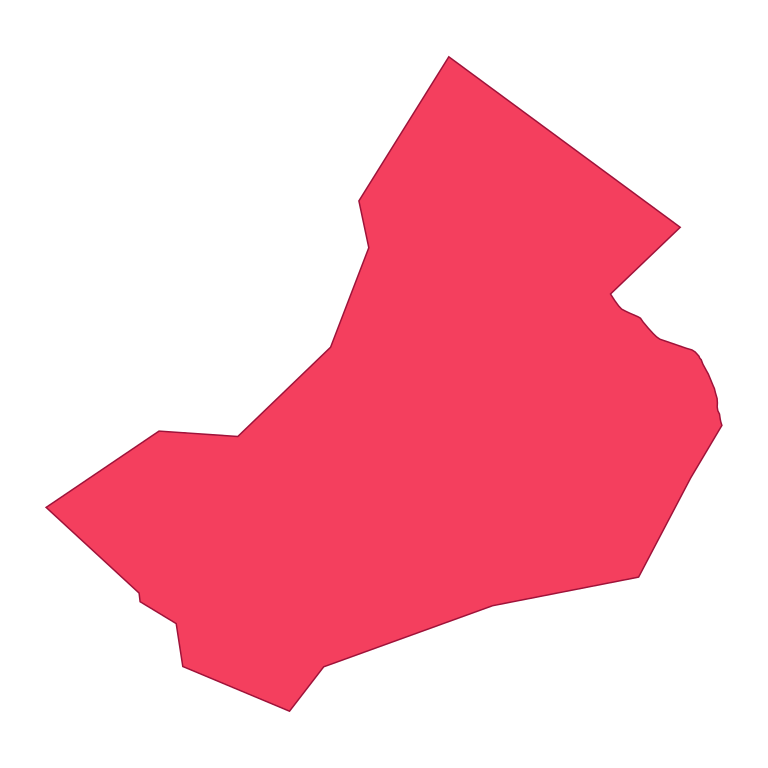 Shiveegovi, Dornogovi, Mongolia
{"feature_id": "93677404B28093616266746", "entity_name": "Shiveegovi", "entity_type": "district", "adm_level": 2, "iso_a3": "MNG", "parent_name": "Mongolia", "parent_adm1": "Dornogovi", "projection": "natural_earth1", "projection_center": [108.624, 46.084], "detail": "fine", "context": "isolated", "style": "filled", "palette": "rose", "viewbox_px": 768, "rotation_deg": 0, "n_neighbors": 0, "source": "geoboundaries", "source_scale": "gbopen_adm2", "svg_char_len": 766}
<svg xmlns="http://www.w3.org/2000/svg" viewBox="0 0 768 768"><path d="M492.6,605.7L638.6,577.1L690.7,477.9L721.9,425.4L720.8,421.9L720.2,419.0L719.5,414.1L717.8,410.7L717.2,406.9L717.4,403.0L717.1,398.5L715.4,392.7L714.4,388.5L713.3,386.1L708.3,374.0L706.6,371.0L702.9,364.2L701.2,359.7L699.8,358.2L698.9,356.1L695.2,352.0L691.9,349.9L686.4,348.3L659.9,339.2L656.5,336.8L653.2,333.6L648.1,328.0L643.0,321.9L640.5,318.2L638.1,316.8L629.6,313.1L625.4,311.1L621.6,309.1L620.5,307.9L618.7,306.0L617.0,303.7L614.6,300.4L610.5,294.0L680.2,227.3L448.8,56.8L358.9,200.9L368.8,247.7L330.6,347.2L237.8,436.5L159.0,431.1L46.1,507.4L139.1,593.1L140.1,601.7L176.2,623.6L182.8,666.5L289.5,711.2L323.7,666.8L492.6,605.7Z" fill="#f43f5e" stroke="#9f1239" stroke-width="1.5"/></svg>